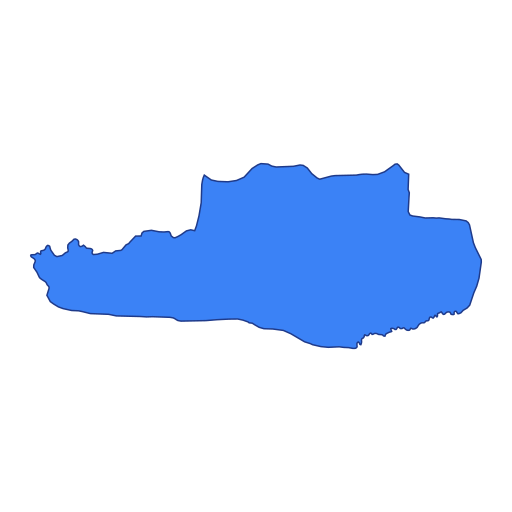 Sacapulas, Quiché, Guatemala
{"feature_id": "79465075B69929365391108", "entity_name": "Sacapulas", "entity_type": "district", "adm_level": 2, "iso_a3": "GTM", "parent_name": "Guatemala", "parent_adm1": "Quiché", "projection": "natural_earth1", "projection_center": [-91.122, 15.267], "detail": "fine", "context": "isolated", "style": "filled", "palette": "blue", "viewbox_px": 512, "rotation_deg": 0, "n_neighbors": 0, "source": "geoboundaries", "source_scale": "gbopen_adm2", "svg_char_len": 4711}
<svg xmlns="http://www.w3.org/2000/svg" viewBox="0 0 512 512"><path d="M83.5,245.2L81.9,246.3L80.2,246.6L79.3,245.9L78.6,244.7L78.6,241.7L78.0,240.6L77.1,239.7L75.6,239.0L74.0,239.2L71.9,241.3L69.4,243.1L67.9,245.0L67.7,248.0L68.0,248.9L68.2,250.5L68.1,251.3L67.7,251.8L65.4,252.8L62.2,255.5L56.9,256.6L54.4,255.3L50.8,250.2L50.2,248.3L49.9,247.2L49.7,246.3L48.7,245.6L47.6,245.4L46.7,246.1L46.1,246.9L45.6,248.1L45.4,248.8L44.6,249.7L43.6,250.3L42.3,250.6L41.1,250.8L40.6,251.6L40.7,252.7L40.8,253.7L40.4,254.3L39.2,253.8L38.7,253.4L37.5,253.0L36.9,253.3L36.3,253.7L35.6,254.3L35.0,254.6L33.7,254.7L32.8,254.7L31.9,254.8L31.1,254.8L30.7,255.8L31.2,256.7L31.8,257.2L32.5,257.6L33.2,258.1L33.8,258.5L34.4,259.0L34.9,259.7L35.3,260.8L35.1,261.8L33.8,264.9L33.7,267.5L37.0,272.3L39.2,277.0L39.7,277.8L40.3,278.3L41.1,279.0L43.4,280.5L44.9,281.4L46.0,282.4L46.6,283.5L47.1,284.7L48.6,286.3L49.0,287.1L49.1,288.0L48.9,288.9L46.9,295.3L50.3,301.6L53.8,304.1L58.4,306.9L63.1,308.6L71.7,310.5L78.6,310.8L82.8,311.7L90.4,313.6L108.6,314.3L116.3,315.9L140.6,316.5L146.6,316.9L152.5,316.7L169.9,317.3L173.3,317.9L175.2,318.9L176.4,319.7L177.8,320.5L181.0,321.1L205.9,320.6L216.9,319.7L226.7,319.2L229.2,319.1L237.7,319.0L242.9,320.1L248.0,321.9L249.1,322.8L252.3,323.2L254.6,324.7L259.1,327.3L263.9,328.7L272.8,329.0L283.3,330.4L290.8,333.7L304.6,341.8L310.3,343.6L312.6,344.7L320.9,346.6L328.3,347.3L339.2,346.8L343.8,347.4L348.6,347.6L352.9,348.4L353.9,348.4L354.8,348.4L355.7,348.2L356.3,347.8L356.8,347.3L357.1,346.6L357.0,345.4L356.9,343.5L357.3,342.7L357.8,342.2L358.4,342.0L359.2,342.7L359.6,343.7L359.9,344.4L360.8,344.7L361.2,343.9L361.5,342.7L361.6,341.6L361.5,340.6L361.5,339.7L362.0,338.6L362.7,338.2L363.3,338.0L363.9,337.1L364.2,336.5L364.3,335.6L364.6,334.9L365.4,335.0L366.3,335.6L367.2,335.7L368.2,335.5L368.9,334.8L369.6,333.7L370.5,333.1L371.3,333.4L372.1,334.4L372.9,334.3L373.8,333.8L374.8,333.4L375.7,333.4L376.9,333.6L377.5,333.9L378.0,334.2L378.9,334.5L379.7,334.5L380.7,334.6L381.9,334.7L382.8,335.1L383.3,335.7L384.0,336.1L385.0,336.1L385.3,335.1L385.7,334.2L387.0,333.3L389.6,332.1L390.2,332.0L391.0,331.8L391.7,331.4L391.3,330.4L390.9,329.5L390.8,328.6L391.6,328.3L392.4,328.3L393.8,328.6L394.5,329.0L395.0,329.5L396.2,329.4L396.8,328.6L397.3,327.6L398.0,327.1L398.7,327.2L399.5,327.7L400.1,328.4L400.7,328.6L401.5,328.6L402.4,328.4L403.2,327.8L404.1,327.9L404.7,328.4L405.3,329.1L406.1,329.7L406.8,330.1L407.8,330.3L408.8,330.3L409.6,330.1L410.1,329.3L410.7,328.3L411.5,328.4L412.7,329.0L413.5,329.0L414.8,328.8L415.5,328.5L416.5,327.9L417.2,327.3L417.5,326.8L417.9,326.1L418.9,324.6L419.4,324.1L420.0,323.7L421.0,323.1L421.8,322.8L422.3,322.8L423.2,322.8L423.9,322.8L424.6,322.5L425.1,321.9L426.3,320.8L427.0,320.8L427.9,320.8L428.8,320.2L429.1,319.3L429.3,318.5L429.5,317.8L430.0,317.2L430.7,317.0L431.4,317.1L432.3,317.8L433.1,318.1L433.9,317.3L434.5,316.0L435.0,315.3L435.7,315.6L436.2,316.4L436.9,316.9L437.5,316.0L437.5,314.4L437.6,313.6L438.5,313.1L439.7,312.8L440.3,312.2L441.3,311.9L441.9,312.6L442.5,313.6L443.0,314.1L443.6,314.4L444.5,314.2L445.1,313.7L445.9,312.9L446.6,312.3L447.6,312.0L448.3,311.9L449.2,312.0L449.9,312.2L450.4,312.8L451.0,314.2L451.9,314.5L453.3,314.6L454.1,314.2L454.1,312.3L454.8,311.4L455.9,311.2L456.6,311.8L456.9,312.5L457.8,313.7L458.8,313.7L460.9,312.8L463.2,310.3L467.1,308.0L469.7,305.2L473.8,292.9L476.7,286.2L479.0,278.2L481.3,262.1L481.2,259.5L475.3,247.6L473.4,242.7L469.5,224.9L468.2,222.6L466.1,220.9L459.3,219.5L451.7,219.4L449.2,219.0L445.8,218.8L439.1,217.9L436.3,218.1L433.2,217.8L425.3,218.0L419.8,216.9L412.6,216.0L409.9,215.0L408.2,211.6L409.0,197.1L409.3,192.8L408.1,189.5L408.7,174.2L404.5,172.4L398.8,165.1L397.2,163.9L395.0,164.2L393.0,165.8L387.5,169.7L384.6,171.8L377.6,174.4L372.9,174.6L366.4,174.1L362.4,174.2L359.0,174.6L356.5,175.1L335.1,175.6L331.3,176.1L319.7,179.2L317.1,178.0L311.7,173.6L307.3,168.0L303.2,165.4L300.0,165.0L293.5,166.3L276.2,167.0L271.8,166.1L268.0,164.1L260.9,163.6L257.7,164.9L252.1,168.5L244.1,177.2L236.5,180.5L228.0,181.8L217.8,181.4L211.3,180.0L206.0,176.3L204.3,175.1L203.3,177.5L202.6,179.9L201.8,184.5L201.2,202.8L199.0,215.8L196.5,225.8L194.7,230.7L190.7,229.8L186.4,230.9L181.1,234.7L177.9,236.5L175.0,237.8L173.3,237.6L171.2,235.9L170.3,233.3L169.8,232.5L169.1,231.8L168.1,231.6L164.0,232.0L159.1,231.8L151.4,230.3L143.8,231.4L142.0,233.0L141.1,236.0L135.6,236.1L131.8,240.1L130.0,242.0L128.7,243.6L126.0,244.9L122.0,249.7L120.8,250.4L115.7,250.9L112.1,253.3L103.5,252.4L97.5,254.2L93.9,254.5L93.3,254.5L92.8,254.1L92.2,253.4L92.1,252.2L92.7,250.6L92.4,249.8L92.0,249.3L91.2,248.8L90.2,248.5L86.6,248.2L85.9,247.5L85.3,246.7L83.5,245.2Z" fill="#3b82f6" stroke="#1e3a8a" stroke-width="1.5"/></svg>